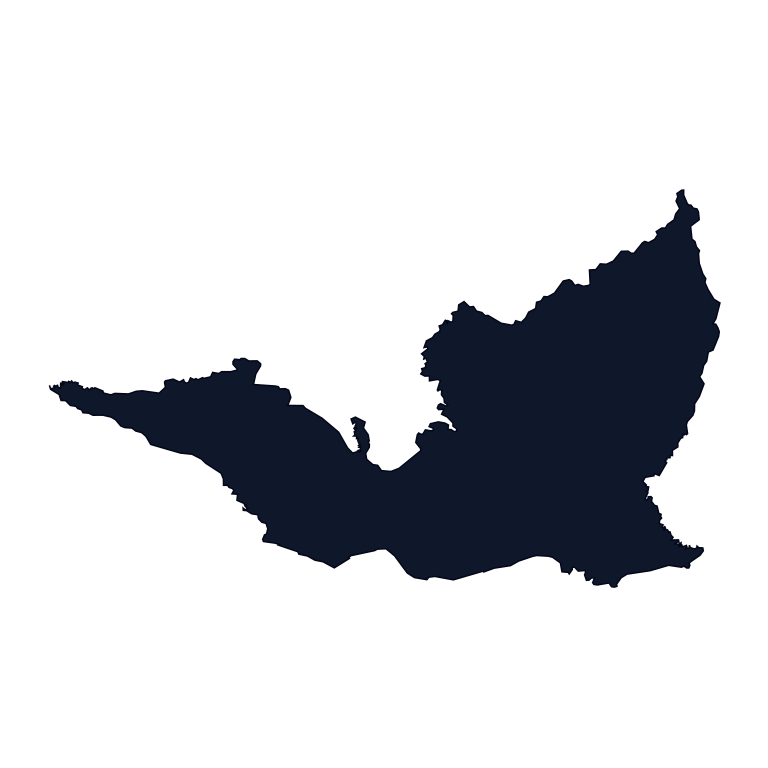 Mamuju Utara, Sulawesi Barat, Indonesia, rotated 271°
{"feature_id": "22746128B5634485200629", "entity_name": "Mamuju Utara", "entity_type": "district", "adm_level": 2, "iso_a3": "IDN", "parent_name": "Indonesia", "parent_adm1": "Sulawesi Barat", "projection": "albers", "projection_center": [119.556, -1.342], "detail": "fine", "context": "isolated", "style": "filled", "palette": "ink", "viewbox_px": 768, "rotation_deg": 271, "n_neighbors": 0, "source": "geoboundaries", "source_scale": "gbopen_adm2", "svg_char_len": 6128}
<svg xmlns="http://www.w3.org/2000/svg" viewBox="0 0 768 768"><g transform="rotate(271 384 384)"><path d="M374.4,54.8L373.5,50.8L376.8,49.5L372.8,50.8L367.8,59.4L361.9,61.4L361.8,66.0L357.1,70.7L356.3,76.4L354.1,78.2L352.9,82.1L350.0,83.5L349.7,89.2L347.7,93.5L347.9,103.6L346.1,111.8L343.5,116.3L337.5,121.5L335.9,125.4L335.5,132.9L332.7,136.5L331.1,142.7L327.4,147.0L319.5,151.8L311.4,181.6L310.4,193.3L305.8,202.7L301.6,207.2L291.9,222.7L286.3,225.1L279.9,225.3L280.0,229.3L277.9,230.9L276.8,234.4L275.0,235.7L271.5,233.9L271.2,239.5L265.1,239.0L262.2,246.1L259.7,247.2L260.4,248.2L258.9,247.8L257.1,249.8L255.8,247.4L257.5,245.3L255.2,245.5L255.0,248.8L251.9,254.0L251.1,260.1L247.0,260.9L243.6,264.3L242.6,268.5L237.3,270.3L232.0,269.2L231.0,267.1L226.5,265.4L224.4,266.2L223.0,277.8L222.0,281.1L221.4,280.2L222.4,282.8L221.1,281.1L214.8,300.8L212.4,301.8L210.7,310.4L206.6,318.1L205.2,326.1L199.3,337.5L209.0,352.5L210.0,351.8L211.8,354.0L217.2,377.4L218.8,380.4L219.3,388.9L212.4,397.6L195.4,410.6L191.0,417.8L189.1,430.3L191.6,432.2L192.5,438.2L189.4,456.8L198.6,486.4L197.8,487.0L201.8,497.4L204.6,513.7L209.3,521.7L214.4,536.0L215.2,539.8L214.7,551.3L213.7,555.6L208.2,563.5L199.3,565.2L198.9,571.5L197.3,572.5L201.8,575.5L203.6,575.3L204.4,577.6L200.3,581.5L201.0,588.0L199.8,588.9L196.6,587.9L191.2,589.8L191.5,592.4L193.8,595.0L193.7,597.8L189.0,596.1L187.3,597.3L186.8,600.9L189.0,612.5L185.3,615.0L184.9,617.9L185.8,620.5L187.8,620.0L194.4,624.5L198.1,630.2L202.0,653.4L207.7,671.8L206.0,684.6L207.1,687.2L205.3,689.8L205.4,692.0L208.2,693.0L209.7,692.1L211.3,693.3L218.4,703.1L222.8,706.2L225.7,705.6L225.8,701.7L227.4,699.8L225.4,699.5L224.5,696.9L225.9,693.0L228.2,692.2L225.4,691.9L224.3,688.5L226.2,689.8L227.9,689.2L226.4,685.4L228.2,684.6L226.6,682.3L227.6,681.6L229.0,683.7L230.5,683.8L229.0,681.4L229.1,677.8L231.1,679.8L231.0,681.6L233.3,681.2L233.0,673.9L235.8,675.7L237.7,673.7L241.2,672.5L241.1,671.1L243.2,670.0L242.9,666.5L243.9,666.2L244.6,668.0L246.3,667.2L245.0,664.8L245.7,664.1L248.0,665.5L249.3,661.8L252.3,661.8L254.8,663.9L256.5,662.9L258.5,663.4L259.5,661.0L266.7,659.2L267.4,656.6L271.3,653.5L274.9,654.1L276.1,652.9L275.8,650.1L274.1,650.1L272.5,648.3L273.9,647.1L279.9,649.8L281.7,648.3L281.7,649.8L285.7,650.4L286.3,647.6L287.7,648.0L291.0,644.5L295.3,646.8L296.9,655.5L299.1,655.9L297.3,660.8L310.2,668.0L312.3,666.1L313.2,668.0L315.1,668.3L315.3,671.3L317.6,671.2L317.5,673.7L322.7,673.5L326.2,678.9L330.2,678.8L334.9,681.6L335.6,683.5L338.8,683.9L338.3,684.9L339.6,686.1L338.6,687.2L339.7,688.4L348.2,687.0L351.7,687.9L358.1,693.4L362.5,694.9L369.6,694.9L377.0,699.5L389.8,704.0L396.8,699.4L400.3,701.7L408.2,703.3L412.4,706.2L421.6,707.7L423.7,712.4L437.4,717.7L442.1,718.3L445.9,716.9L449.6,714.7L449.9,711.8L455.0,714.7L470.9,718.5L474.5,712.4L484.2,706.3L491.1,703.1L495.0,703.9L499.5,700.9L510.1,697.1L519.9,696.2L522.9,697.1L526.5,694.0L531.9,692.4L534.2,689.4L547.1,687.8L553.8,696.3L561.5,695.4L564.5,693.9L565.2,690.2L568.2,687.8L568.3,685.5L569.7,684.1L578.2,680.3L583.1,680.3L583.0,678.3L579.6,673.5L576.4,674.5L572.0,672.8L564.5,676.6L559.1,672.7L553.2,671.1L548.6,664.8L544.9,662.7L544.8,658.9L541.1,653.5L538.0,655.1L533.3,652.0L529.9,646.0L531.1,642.2L529.6,639.9L519.1,631.7L519.1,628.7L521.1,625.8L520.8,618.9L510.9,611.1L507.6,604.3L507.9,598.1L502.1,593.9L501.6,587.4L487.7,588.4L486.3,587.4L485.2,581.7L487.0,576.3L485.8,573.1L490.1,570.0L491.6,567.4L490.1,561.4L477.8,552.8L474.1,546.2L474.2,542.4L469.8,539.6L468.4,535.1L462.1,534.3L458.4,527.4L452.5,524.5L448.0,520.2L449.6,514.5L446.3,513.1L445.0,511.1L446.8,500.1L454.4,486.8L454.1,483.9L457.2,480.6L458.5,475.2L463.0,472.1L462.5,468.2L467.8,462.6L464.4,457.3L458.1,456.8L456.8,451.5L455.4,450.3L453.9,452.0L448.0,451.8L446.9,450.1L448.4,446.8L444.5,446.1L448.3,445.5L448.8,444.2L444.3,441.5L443.0,438.1L439.4,439.3L437.3,438.4L434.7,434.0L431.2,431.7L427.9,425.7L421.1,423.4L421.9,426.3L420.1,427.4L414.8,421.0L412.3,423.8L409.6,423.3L410.5,425.6L406.7,427.1L405.0,424.7L403.0,425.6L401.0,424.8L400.0,421.4L397.1,422.3L394.7,420.6L392.6,424.7L392.8,429.2L387.9,429.4L389.5,437.4L388.5,440.3L378.9,437.4L378.0,438.1L379.2,439.8L379.0,441.9L374.3,441.6L370.9,444.2L366.7,444.7L364.0,448.2L362.9,446.6L365.3,440.9L364.1,438.9L360.9,437.7L359.3,439.2L359.9,444.4L354.8,442.1L352.2,447.7L346.3,453.6L343.0,453.7L340.4,457.5L338.1,457.3L337.6,455.0L339.6,452.0L339.7,448.7L344.1,449.2L346.0,445.6L347.1,439.0L345.1,431.1L342.2,429.8L340.7,433.8L338.8,434.4L338.0,431.8L338.9,426.2L334.7,423.8L334.3,422.1L335.6,419.5L333.9,418.2L326.1,416.8L319.8,421.9L317.9,421.8L300.0,400.6L296.7,392.6L297.3,383.0L302.6,379.1L303.2,374.3L308.4,368.0L314.4,366.9L320.3,370.3L323.2,370.5L325.1,369.4L327.0,370.2L333.1,369.0L339.6,364.2L345.6,365.8L350.4,355.9L348.4,351.7L343.6,353.5L345.2,355.8L343.9,357.1L341.7,356.0L339.6,357.3L340.5,355.6L339.0,354.7L336.9,356.8L335.9,355.1L332.5,355.8L331.5,354.7L331.6,357.4L328.9,357.5L329.4,359.3L327.4,358.7L324.5,359.7L323.9,361.0L322.0,359.6L321.7,361.2L320.3,360.0L320.1,361.8L317.8,361.4L317.3,359.9L316.8,361.7L315.5,360.8L316.2,359.4L314.4,353.9L319.3,348.8L335.0,339.5L348.7,322.7L358.3,305.9L361.0,303.4L360.9,288.2L369.0,291.1L376.2,288.7L377.6,285.4L377.3,279.8L379.5,278.4L380.1,275.1L381.2,253.5L391.7,255.6L400.0,260.3L402.1,260.3L404.9,256.9L404.7,248.4L407.1,244.3L407.0,240.6L405.8,239.6L406.2,234.2L403.7,232.6L401.0,232.7L396.5,236.9L395.3,236.8L393.6,230.4L393.5,221.4L391.6,218.7L392.6,212.5L388.1,210.5L386.5,203.8L387.2,202.4L385.0,198.2L386.1,195.6L385.0,194.1L386.7,190.4L382.3,188.6L381.4,186.5L382.5,184.4L384.8,183.5L382.4,179.5L385.2,173.1L383.4,165.4L382.0,164.5L376.9,165.5L370.9,159.3L373.0,142.5L372.4,136.4L369.6,128.7L369.9,115.0L368.4,111.1L370.1,103.6L372.1,103.1L375.2,95.0L374.1,93.2L375.1,92.4L374.6,90.9L372.7,89.8L375.0,87.5L373.2,84.9L374.3,82.1L376.0,82.5L377.7,77.6L379.6,78.2L380.5,74.9L379.8,73.1L381.6,71.6L380.3,70.6L381.1,68.6L380.0,68.3L380.8,62.4L379.5,62.1L378.4,64.1L377.3,62.8L378.9,60.7L374.6,60.6L374.6,58.5L377.0,57.6L376.1,55.5L376.8,54.6L376.0,53.7L374.4,54.8Z" fill="#0f172a" stroke="#020617" stroke-width="1.5"/></g></svg>